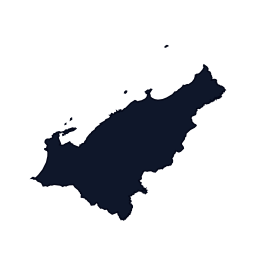 outline of Pathio, Chumphon, Thailand, rotated 210°
{"feature_id": "78962969B3300924250293", "entity_name": "Pathio", "entity_type": "district", "adm_level": 2, "iso_a3": "THA", "parent_name": "Thailand", "parent_adm1": "Chumphon", "projection": "mercator", "projection_center": [99.321, 10.773], "detail": "fine", "context": "isolated", "style": "filled", "palette": "ink", "viewbox_px": 256, "rotation_deg": 210, "n_neighbors": 0, "source": "geoboundaries", "source_scale": "gbopen_adm2", "svg_char_len": 5700}
<svg xmlns="http://www.w3.org/2000/svg" viewBox="0 0 256 256"><g transform="rotate(210 128 128)"><path d="M85.8,46.3L85.9,47.9L85.3,47.6L84.9,47.9L85.2,48.4L84.6,49.5L85.0,49.9L84.7,50.8L84.2,51.1L84.5,52.1L84.0,52.3L84.1,53.3L83.5,54.1L84.2,54.4L83.7,54.8L83.5,55.9L84.5,57.4L83.9,58.0L84.8,60.2L84.6,61.3L85.3,62.6L86.0,63.0L86.3,62.7L87.3,63.6L88.6,63.3L89.0,63.6L89.3,64.1L88.7,65.7L89.1,66.3L89.6,66.6L90.4,66.1L91.0,67.4L90.9,68.3L93.1,69.4L91.4,71.2L91.7,72.2L90.8,72.6L90.0,73.7L90.4,75.7L89.6,75.7L88.4,77.3L88.0,79.0L87.3,78.9L86.4,79.6L85.7,79.6L84.6,80.8L84.4,80.8L84.7,80.5L84.5,80.1L83.8,79.8L82.9,80.0L82.3,79.5L81.1,80.3L80.3,79.9L79.6,81.7L80.4,82.0L80.7,82.7L81.6,82.7L81.1,83.3L82.6,83.1L82.6,83.7L82.9,83.2L83.5,83.7L83.7,83.1L84.0,83.4L84.3,83.1L86.3,84.9L88.1,84.8L88.7,85.1L89.5,87.1L90.5,86.8L92.5,87.9L91.2,90.6L92.7,92.8L93.0,98.3L91.9,99.6L89.8,100.3L88.6,101.5L86.5,102.8L84.3,102.9L82.4,103.6L81.4,107.8L80.9,108.5L80.4,108.4L79.8,109.2L79.2,109.3L78.2,110.6L77.9,110.3L77.7,110.9L78.0,111.4L77.3,112.1L77.5,112.8L76.6,113.3L75.9,114.9L74.0,116.0L73.7,117.0L72.7,117.3L72.5,117.9L72.8,118.9L72.5,120.5L73.3,122.1L75.2,123.7L74.8,126.0L75.3,126.5L75.1,127.2L75.5,128.0L74.9,129.8L75.3,131.6L75.1,132.3L72.0,132.8L70.9,134.4L69.9,138.0L70.7,139.0L73.5,140.3L74.3,141.5L73.8,146.7L74.6,148.2L74.0,149.7L75.2,152.4L73.5,157.8L71.0,161.8L70.3,164.1L70.9,164.5L72.8,164.3L76.0,165.3L77.0,166.8L78.2,167.5L78.6,168.2L79.0,169.9L76.4,173.4L76.8,173.9L76.7,174.9L77.6,175.8L77.2,177.6L77.5,177.7L78.2,179.1L76.8,180.6L75.8,180.8L74.9,183.2L74.5,183.5L74.3,184.5L74.7,185.2L74.0,185.9L74.4,186.0L74.4,187.1L72.5,188.5L71.9,188.4L71.5,189.1L70.7,189.6L69.8,191.1L70.1,191.9L68.8,192.8L69.4,193.2L68.8,193.2L68.8,193.8L68.3,193.7L67.5,194.4L68.0,195.7L67.3,195.8L67.5,196.4L67.0,196.9L67.3,197.4L66.8,197.3L67.1,197.6L66.8,197.6L66.8,198.3L66.1,198.2L66.0,198.6L65.7,198.4L65.1,199.0L64.8,198.7L63.6,200.1L63.7,200.8L64.1,200.8L63.5,201.2L64.0,201.5L63.4,201.9L63.9,202.1L63.9,203.0L64.6,203.6L64.2,203.7L63.8,204.7L64.1,204.9L63.5,205.6L64.3,206.8L62.9,207.6L63.4,208.7L62.9,209.5L64.2,209.8L65.2,210.7L67.9,210.9L68.7,210.0L69.7,210.6L71.4,210.2L73.2,210.7L73.8,211.4L75.1,211.5L74.9,213.0L76.1,213.7L77.6,213.1L79.7,211.2L80.6,213.5L81.1,213.7L81.8,214.7L82.8,215.0L84.0,216.6L85.1,217.3L87.5,217.0L88.6,219.4L90.3,220.2L93.7,220.5L93.5,219.5L92.6,219.3L92.3,218.7L92.1,215.9L92.9,211.7L94.0,209.5L95.1,209.0L96.0,207.4L94.9,206.5L95.4,206.3L94.7,203.6L95.1,199.8L97.1,195.6L98.4,195.1L100.1,192.9L101.4,192.5L101.3,190.9L102.2,188.0L103.1,186.5L103.5,184.4L104.5,183.0L105.3,182.6L105.9,179.2L109.3,173.3L112.1,169.8L115.9,166.9L119.1,165.7L122.5,165.5L124.6,166.1L125.3,167.3L127.1,168.8L126.9,173.1L127.7,172.9L128.3,171.2L129.8,170.6L130.9,168.0L129.9,167.8L129.4,167.1L128.1,167.7L127.5,167.0L126.9,164.1L127.3,161.9L129.6,158.3L131.9,156.3L132.0,155.8L133.1,155.1L133.6,155.4L135.6,155.2L137.8,151.0L139.7,143.9L140.6,142.9L141.5,139.7L142.7,139.3L143.3,140.0L143.7,139.7L143.7,139.3L144.2,139.0L143.7,138.7L143.8,137.4L144.2,137.1L144.7,137.4L145.2,136.9L145.9,137.0L145.4,136.5L146.0,135.7L146.2,134.8L147.0,134.6L146.9,133.9L146.6,133.9L147.4,132.6L148.3,131.9L148.8,132.4L149.3,132.3L149.3,131.3L148.8,131.1L148.8,130.6L149.7,130.0L149.1,129.9L148.7,129.1L148.8,127.8L149.4,126.2L150.5,125.1L150.5,124.5L151.2,124.0L151.2,122.5L153.6,118.5L153.1,118.2L153.9,117.6L153.4,117.3L153.5,116.6L155.0,113.8L155.8,111.4L155.4,110.3L157.2,106.0L157.0,105.1L157.7,103.5L158.4,98.9L158.0,96.6L158.5,94.7L157.9,93.1L159.8,91.3L160.2,89.6L160.9,89.3L160.3,87.5L161.1,86.5L163.0,86.2L163.3,85.8L163.8,86.1L167.1,85.6L167.9,86.2L169.1,85.9L170.4,86.2L170.4,85.9L171.5,86.7L173.2,83.8L173.8,83.4L175.3,80.6L176.6,79.8L178.8,79.4L178.8,80.7L182.7,83.7L184.0,85.1L183.8,86.3L184.2,87.2L184.9,87.4L185.5,89.0L185.1,89.9L183.9,90.3L183.8,90.8L185.1,90.2L185.7,90.3L187.8,88.2L187.5,86.4L187.8,86.1L188.5,86.5L189.2,85.9L189.1,84.8L189.5,83.6L189.0,83.6L189.0,82.9L188.4,82.5L188.6,80.8L189.3,80.6L190.1,79.5L190.2,78.6L191.6,78.4L192.6,77.6L193.1,76.6L193.1,75.3L192.4,74.0L190.0,73.2L189.5,73.4L189.0,72.6L188.2,69.6L189.6,68.4L189.4,68.0L187.7,67.9L187.5,68.7L186.9,68.7L185.0,67.0L183.1,63.5L181.2,57.5L180.7,49.2L181.7,42.4L182.7,38.8L184.2,37.2L184.9,37.1L185.0,37.8L185.8,37.4L186.2,36.3L185.2,36.9L184.3,36.6L182.5,37.6L181.2,37.8L180.6,37.2L179.3,37.0L176.7,37.5L175.1,37.3L172.5,35.5L170.6,37.1L168.6,37.5L168.2,38.6L167.4,39.3L167.4,40.1L166.9,40.0L165.4,40.7L163.9,42.3L158.8,44.5L158.8,44.8L155.3,44.9L154.9,46.2L152.6,47.1L152.2,47.9L150.4,49.7L147.0,51.8L144.3,50.5L139.9,49.8L138.2,48.8L136.6,48.5L136.3,47.8L135.6,47.9L134.9,47.0L134.0,45.2L133.9,44.3L133.6,45.1L131.8,45.6L131.6,46.0L129.2,45.8L129.0,45.5L128.4,45.8L125.6,44.8L123.7,44.6L121.3,43.0L118.9,44.8L118.2,47.5L117.6,48.0L116.1,47.5L115.2,46.2L111.7,45.0L110.6,45.9L107.4,46.0L106.4,47.0L105.2,47.4L102.7,45.9L98.7,45.6L95.0,50.2L92.9,48.0L91.4,47.7L90.9,46.8L88.6,45.6L88.5,46.0L88.2,45.7L88.1,46.1L85.8,46.3ZM181.2,91.9L179.5,91.3L179.6,91.9L178.0,93.2L177.2,95.5L174.1,98.6L172.9,101.4L173.6,101.5L175.3,99.8L175.4,100.4L175.9,100.3L176.8,99.3L176.9,98.3L177.5,98.5L178.1,97.8L177.7,97.1L178.6,97.3L179.1,95.8L180.0,95.6L180.1,95.1L180.3,95.3L181.0,94.8L181.2,93.2L182.5,92.0L181.9,91.7L181.2,91.9ZM148.2,159.0L148.7,157.7L148.5,156.8L147.7,157.0L147.4,158.3L147.6,159.1L148.2,159.0ZM134.1,219.2L135.5,218.8L136.4,217.2L136.3,216.8L135.8,217.0L135.3,218.5L134.1,219.2ZM181.8,108.1L182.2,107.4L181.8,106.4L181.3,107.4L181.8,108.1ZM181.1,89.7L180.7,89.2L180.2,89.8L180.4,90.0L181.1,89.7ZM184.1,100.6L184.3,100.3L184.2,99.9L183.9,100.2L184.1,100.6Z" fill="#0f172a" stroke="#020617" stroke-width="1.5"/></g></svg>